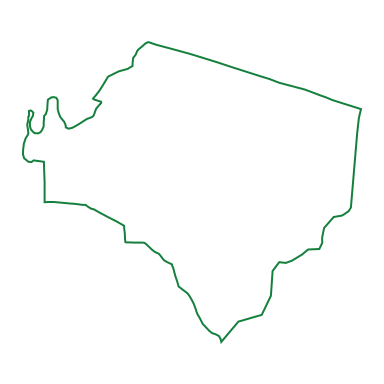 Al-Suwaira, Wasit, Iraq (Robinson projection)
{"feature_id": "34846034B1283467893722", "entity_name": "Al-Suwaira", "entity_type": "district", "adm_level": 2, "iso_a3": "IRQ", "parent_name": "Iraq", "parent_adm1": "Wasit", "projection": "robinson", "projection_center": [44.846, 32.842], "detail": "fine", "context": "isolated", "style": "outline", "palette": "green", "viewbox_px": 384, "rotation_deg": 0, "n_neighbors": 0, "source": "geoboundaries", "source_scale": "gbopen_adm2", "svg_char_len": 2468}
<svg xmlns="http://www.w3.org/2000/svg" viewBox="0 0 384 384"><path d="M221.3,341.9L238.4,321.6L242.3,320.5L256.0,316.5L261.7,314.9L270.9,295.8L272.6,271.0L279.2,262.2L285.9,262.9L291.9,260.7L302.1,254.5L308.1,249.5L319.3,249.0L322.3,242.8L322.1,237.8L324.1,228.0L333.7,217.0L341.9,215.6L344.3,214.2L348.7,211.1L350.9,207.5L357.2,133.0L358.9,117.8L361.0,109.1L332.8,100.2L332.5,100.1L326.1,97.4L321.1,95.7L305.0,89.6L279.3,82.8L269.4,79.0L259.3,75.9L230.5,66.7L216.6,62.1L189.7,53.8L172.1,49.0L156.0,44.7L148.4,42.1L147.9,42.3L145.6,43.3L142.4,46.2L138.4,49.5L137.2,51.0L135.6,54.8L133.2,57.9L132.8,61.0L132.4,66.2L130.0,67.4L128.1,68.7L127.9,68.8L122.2,70.4L118.9,71.3L114.2,73.6L108.0,76.7L105.4,81.1L102.2,86.3L99.2,91.0L96.0,95.1L94.5,96.9L93.0,98.7L93.9,99.3L94.7,99.8L97.0,100.4L98.8,101.0L101.1,101.8L101.1,103.1L98.8,105.5L98.3,106.1L96.1,108.8L95.2,111.2L94.7,112.7L93.5,115.8L91.8,117.2L90.6,117.6L86.8,119.0L83.4,121.2L78.3,124.5L75.3,126.2L72.3,127.8L70.1,128.3L68.6,128.7L66.7,127.8L65.8,127.4L65.7,125.4L64.2,121.8L62.1,119.3L60.2,116.9L58.5,112.3L57.7,109.0L57.7,100.3L57.5,99.9L56.3,97.8L53.7,97.1L52.3,97.3L51.3,97.4L47.9,99.7L47.5,104.2L47.3,107.6L47.2,109.8L45.8,114.1L44.1,116.1L44.0,118.8L43.7,121.9L43.7,126.3L42.9,128.2L41.9,130.3L40.4,132.3L37.9,133.4L35.4,133.2L34.4,133.1L32.4,131.2L30.7,129.0L30.0,126.2L29.9,122.2L31.4,118.4L32.8,116.1L32.9,115.8L33.4,112.9L32.4,111.6L30.6,110.4L28.9,111.0L29.0,112.7L29.1,115.2L29.0,115.8L28.8,116.1L28.3,116.6L28.3,117.6L28.3,118.3L28.3,119.8L27.2,124.7L28.1,130.5L28.3,134.1L25.7,138.2L23.9,143.5L23.1,149.8L23.0,154.4L24.1,158.2L28.5,161.8L31.5,162.0L31.8,161.8L33.6,160.4L37.4,160.9L43.9,161.8L44.0,165.0L44.6,182.4L44.6,202.2L45.2,202.2L48.1,202.0L49.9,202.0L53.9,202.0L64.7,203.0L69.7,203.5L75.5,203.9L82.6,204.9L85.6,204.9L87.8,206.6L91.2,208.7L94.0,209.4L99.0,212.3L108.4,217.3L116.8,221.6L124.0,225.7L124.2,226.9L124.2,228.8L124.8,233.3L125.0,238.8L125.4,242.1L126.2,242.4L130.4,242.4L133.4,242.6L138.1,242.6L142.5,242.6L144.7,242.9L147.3,245.2L152.1,249.8L154.9,251.9L158.9,253.8L160.5,255.7L162.5,258.4L164.1,260.3L167.3,262.2L171.9,264.3L172.3,266.0L172.8,267.1L173.5,268.9L175.1,275.3L177.3,281.8L178.6,286.5L180.2,287.7L181.4,288.7L184.6,291.1L187.6,293.4L189.2,295.6L191.2,298.9L193.6,303.5L195.4,308.2L197.2,313.7L199.6,317.8L201.2,320.9L202.8,324.0L206.7,328.1L209.3,330.9L212.1,333.1L215.7,334.3L219.1,336.2L220.7,339.3L221.3,341.9Z" fill="none" stroke="#15803d" stroke-width="2"/></svg>